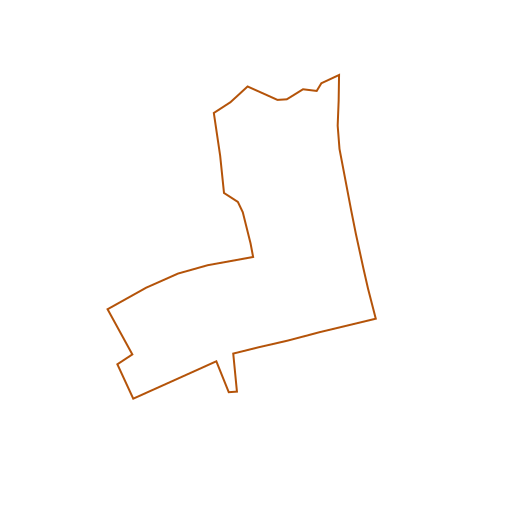 the district of Senala, Tuvalu, rotated 224°
{"feature_id": "33948139B62945669535509", "entity_name": "Senala", "entity_type": "district", "adm_level": 2, "iso_a3": "TUV", "parent_name": "Tuvalu", "parent_adm1": "", "projection": "albers", "projection_center": [179.199, -8.519], "detail": "fine", "context": "isolated", "style": "outline", "palette": "amber", "viewbox_px": 512, "rotation_deg": 224, "n_neighbors": 0, "source": "geoboundaries", "source_scale": "gbopen_adm2", "svg_char_len": 618}
<svg xmlns="http://www.w3.org/2000/svg" viewBox="0 0 512 512"><g transform="rotate(224 256 256)"><path d="M245.2,68.1L211.4,152.7L181.0,139.1L175.5,145.2L204.6,170.0L190.5,192.5L174.4,217.2L157.2,245.6L126.3,294.1L153.0,310.5L170.3,321.8L199.7,341.4L219.6,355.2L270.3,391.0L287.8,406.5L304.4,425.1L322.0,443.9L329.0,425.7L327.0,416.9L338.0,408.6L342.7,390.1L349.0,383.2L379.8,372.1L381.2,349.0L385.7,329.6L351.4,303.2L322.8,279.1L306.6,282.3L295.9,278.3L268.7,261.3L257.4,253.3L284.3,215.9L299.9,189.2L313.0,156.9L325.8,114.6L276.6,99.3L280.5,81.8L245.2,68.1Z" fill="none" stroke="#b45309" stroke-width="2"/></g></svg>